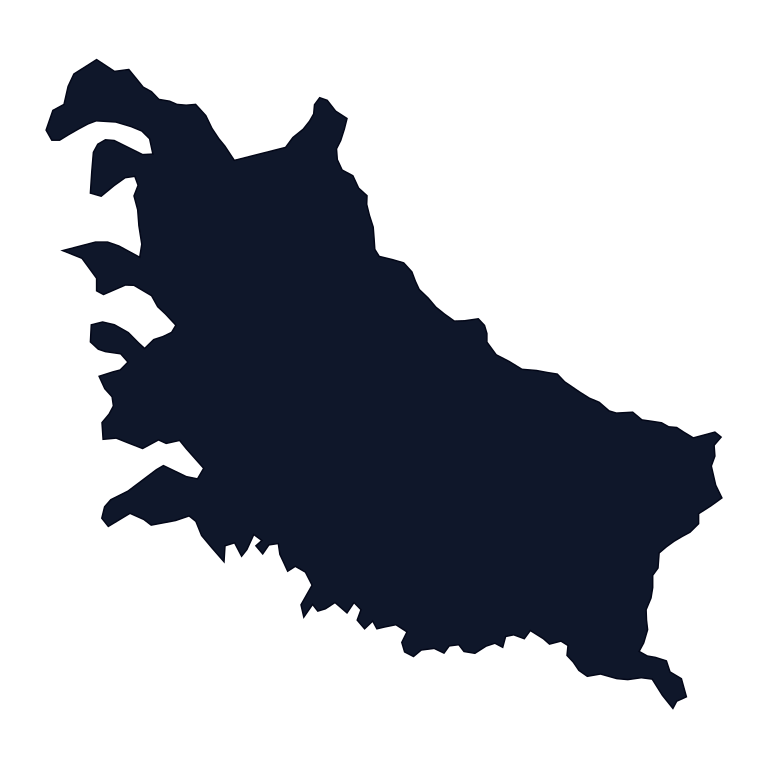 Ampére, Paraná, Brazil
{"feature_id": "56859067B71285319126532", "entity_name": "Ampére", "entity_type": "district", "adm_level": 2, "iso_a3": "BRA", "parent_name": "Brazil", "parent_adm1": "Paraná", "projection": "mercator", "projection_center": [-53.495, -25.908], "detail": "fine", "context": "isolated", "style": "filled", "palette": "ink", "viewbox_px": 768, "rotation_deg": 0, "n_neighbors": 0, "source": "geoboundaries", "source_scale": "gbopen_adm2", "svg_char_len": 3288}
<svg xmlns="http://www.w3.org/2000/svg" viewBox="0 0 768 768"><path d="M128.8,69.5L114.5,71.4L96.6,59.6L73.9,74.0L68.1,86.4L64.0,104.4L52.9,110.4L46.1,130.1L51.8,140.2L59.6,140.2L68.5,134.7L78.1,129.2L88.0,123.9L96.2,120.8L115.8,122.0L131.2,126.6L141.8,131.0L149.6,138.7L152.9,154.1L142.6,154.6L114.2,140.5L105.4,139.8L97.8,144.2L93.4,152.3L91.8,171.4L90.4,193.1L101.2,196.2L114.2,185.5L125.1,177.7L134.8,176.3L138.1,185.3L134.0,195.9L137.7,209.8L138.9,225.7L141.8,244.2L139.7,257.3L118.9,246.0L107.7,242.1L95.4,242.1L62.7,250.6L82.0,258.3L96.6,278.3L96.6,290.8L103.5,294.5L125.4,285.0L134.0,285.3L151.6,295.7L157.7,306.7L165.4,313.9L175.9,325.2L171.6,332.4L162.9,336.6L153.7,339.6L144.6,348.5L138.6,343.0L128.3,332.6L114.5,324.8L102.6,322.0L91.3,324.8L90.4,341.9L98.3,349.2L105.4,351.6L120.7,353.8L128.0,362.1L120.2,370.0L112.9,371.9L99.1,376.3L104.8,388.7L112.1,396.8L113.4,406.0L109.1,414.1L102.0,422.6L103.1,439.3L116.2,438.1L127.2,442.5L142.6,448.5L158.5,439.9L166.2,443.4L179.6,440.4L186.5,448.9L203.7,468.3L197.5,478.9L186.2,476.6L163.4,465.6L156.4,469.7L128.0,491.1L110.8,499.7L104.6,506.8L101.8,518.2L108.3,526.4L130.0,513.3L143.9,519.5L151.2,525.1L175.6,520.5L189.1,515.9L195.9,521.4L201.6,535.5L211.8,547.7L224.0,561.7L225.0,545.8L234.6,542.8L241.6,556.2L246.9,549.5L253.8,534.5L261.9,540.5L255.9,545.8L262.7,553.9L268.9,544.9L278.3,543.5L279.9,554.4L283.8,562.7L287.7,571.2L295.3,566.3L305.4,572.1L312.1,585.2L301.0,604.8L303.8,617.1L312.6,604.4L317.8,611.1L325.4,608.8L335.0,602.5L347.0,612.9L354.0,602.5L361.0,609.7L357.2,620.1L364.6,628.8L372.7,621.0L376.9,628.8L384.5,627.0L395.9,624.7L407.0,631.9L401.8,642.4L404.6,651.9L413.5,656.5L421.3,650.0L434.2,648.4L444.0,653.1L449.2,645.9L458.8,644.7L464.0,651.5L474.9,653.3L486.1,646.1L494.9,643.2L502.7,647.3L505.6,636.5L513.7,634.8L524.3,638.7L530.3,630.5L543.4,638.7L549.5,644.1L561.0,641.1L568.0,645.5L567.0,655.4L573.2,662.0L578.9,670.4L587.3,676.3L600.5,674.0L616.8,678.6L627.8,679.6L641.3,677.7L652.2,679.1L662.4,695.3L672.9,708.4L676.7,701.2L686.4,696.8L681.4,678.7L670.0,671.9L666.4,660.9L655.4,657.4L647.3,656.0L639.1,651.4L643.7,642.9L647.6,629.7L646.5,620.1L646.1,609.7L651.0,598.0L652.7,587.6L652.7,575.3L658.0,568.0L659.1,553.0L666.5,546.7L674.1,541.2L682.2,536.4L690.0,532.2L698.6,523.7L698.6,513.7L710.8,505.9L721.9,497.9L715.7,485.2L711.3,466.0L714.9,456.1L714.1,445.3L721.1,437.1L714.9,432.1L693.3,437.9L683.2,431.8L676.7,427.5L668.6,426.8L661.6,422.8L651.8,421.3L641.9,419.9L632.7,412.2L616.4,413.1L609.1,410.9L599.2,402.3L589.4,398.2L579.4,391.9L564.6,381.8L557.3,374.1L547.2,372.5L536.5,370.5L521.9,369.3L509.2,361.5L496.2,354.8L486.9,342.1L486.9,333.5L484.5,325.4L478.3,318.8L464.5,320.8L454.3,321.1L444.5,314.1L435.9,307.2L428.1,298.0L419.2,289.5L415.4,281.3L411.9,271.9L403.7,262.9L392.4,259.6L379.2,256.4L374.8,249.3L374.0,237.5L373.2,227.1L369.4,215.3L366.7,204.3L367.0,195.7L358.6,188.1L352.9,175.8L342.1,170.0L337.3,159.6L336.5,148.8L340.7,140.5L344.3,129.2L347.0,118.5L335.6,111.1L327.2,100.3L319.7,97.7L314.5,104.7L313.7,113.9L309.6,121.1L303.2,129.2L292.9,137.5L285.6,147.4L234.3,160.4L224.8,146.0L218.8,138.7L211.9,128.3L205.8,115.6L195.6,104.4L186.2,105.2L176.9,104.4L169.6,101.2L158.9,99.4L151.5,91.7L143.1,87.1L137.3,79.9L128.8,69.5Z" fill="#0f172a" stroke="#020617" stroke-width="1.5"/></svg>